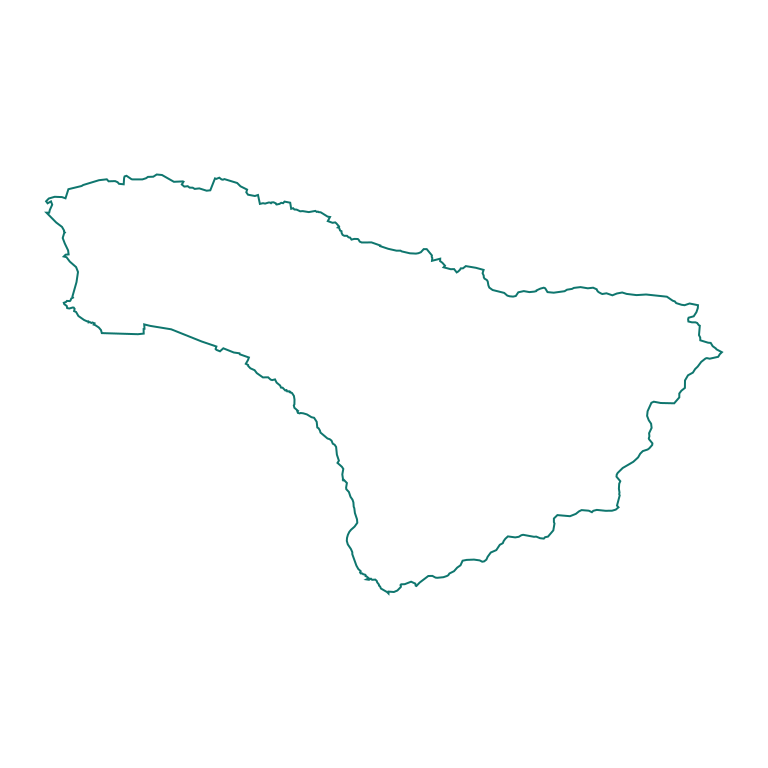 Negresti-Oas, Satu Mare, Romania
{"feature_id": "2599482B36847212141623", "entity_name": "Negresti-Oas", "entity_type": "district", "adm_level": 2, "iso_a3": "ROU", "parent_name": "Romania", "parent_adm1": "Satu Mare", "projection": "equal_earth", "projection_center": [23.479, 47.842], "detail": "fine", "context": "isolated", "style": "outline", "palette": "teal", "viewbox_px": 768, "rotation_deg": 0, "n_neighbors": 0, "source": "geoboundaries", "source_scale": "gbopen_adm2", "svg_char_len": 6066}
<svg xmlns="http://www.w3.org/2000/svg" viewBox="0 0 768 768"><path d="M263.0,203.2L259.9,203.9L258.0,195.0L254.9,196.0L248.0,194.7L246.3,192.3L247.1,189.6L240.5,186.3L237.2,183.0L224.4,179.1L222.9,179.7L221.5,179.4L219.3,177.7L216.3,178.9L215.0,178.4L210.3,190.3L206.6,190.7L199.3,188.4L194.7,188.9L192.7,187.7L189.6,187.6L187.7,186.2L184.3,186.6L181.8,184.5L183.5,181.7L182.9,181.4L173.9,181.8L162.0,175.0L156.7,174.5L153.3,176.7L147.9,176.9L146.1,178.2L142.4,179.4L132.5,179.4L131.5,179.2L126.5,175.8L124.6,176.4L124.1,178.0L123.7,184.3L119.0,183.8L117.6,182.2L115.1,181.1L108.6,181.3L106.8,179.3L99.0,180.2L83.2,185.0L81.6,186.0L68.4,189.2L65.5,198.3L62.0,197.1L54.7,196.8L48.8,198.5L46.1,201.3L47.6,203.3L51.0,201.4L52.2,204.7L49.8,210.0L49.2,212.7L46.5,212.7L56.2,222.5L62.0,226.9L64.1,230.6L64.0,231.7L64.9,232.5L64.1,233.3L62.7,238.0L64.8,243.5L68.1,250.4L68.6,254.4L65.6,254.7L63.8,256.5L66.5,257.2L69.8,261.6L76.1,267.1L78.0,272.0L76.5,282.1L72.4,296.6L73.0,297.6L71.3,298.5L70.4,300.6L69.8,301.1L66.9,300.9L66.1,301.9L63.8,302.8L64.3,304.2L66.7,305.9L67.2,308.1L69.3,308.5L72.7,307.5L73.7,307.6L74.6,308.8L74.1,311.1L76.1,312.0L78.4,316.0L84.1,320.0L87.0,321.3L88.3,321.3L88.5,322.4L89.9,322.1L91.4,323.0L92.4,322.5L94.5,323.3L93.7,324.6L95.2,325.1L98.8,327.5L101.0,330.1L101.8,333.1L137.9,334.2L143.7,333.6L143.6,329.0L144.5,328.8L144.2,324.4L150.3,325.9L171.2,329.3L201.7,341.5L216.4,346.5L215.6,349.0L216.5,349.9L220.0,351.3L223.3,348.3L233.8,352.5L239.5,353.3L239.8,354.3L248.9,357.5L248.0,360.0L245.8,363.8L248.1,365.0L248.2,366.0L250.4,368.3L254.6,370.2L256.8,373.1L262.9,377.4L268.1,377.3L270.6,379.6L272.2,380.1L275.0,379.4L276.6,382.6L280.1,385.5L281.0,387.6L282.6,387.7L285.3,390.5L286.5,390.1L287.1,391.3L289.3,391.3L289.6,392.1L290.4,391.9L290.7,392.6L292.0,393.0L293.9,395.9L294.5,399.5L294.4,404.4L293.8,405.4L294.4,407.8L297.2,410.2L297.1,410.6L298.0,411.0L297.5,411.9L297.9,412.9L299.7,413.4L300.6,413.0L303.2,413.3L306.9,414.4L311.5,417.2L314.1,417.8L316.7,421.8L317.3,427.5L318.6,428.3L319.9,430.5L320.5,432.6L327.5,438.5L329.7,439.2L331.5,440.6L332.8,443.7L334.6,444.7L336.1,446.9L336.9,454.7L338.9,460.7L337.5,462.9L341.9,466.8L343.3,468.9L342.3,474.4L343.0,479.2L342.8,479.9L343.2,480.4L343.9,479.9L346.9,483.0L346.1,487.6L346.3,489.2L348.9,492.0L350.5,496.8L352.5,499.7L353.4,502.4L353.7,506.7L354.3,508.2L354.9,513.0L357.0,519.3L357.3,522.8L354.6,526.6L351.0,529.8L349.3,531.9L347.9,534.8L347.0,538.0L346.8,540.9L347.8,544.4L350.9,549.0L352.3,552.2L352.3,554.2L356.4,565.6L358.3,569.0L360.7,571.2L360.6,571.9L360.1,572.4L360.7,573.4L362.4,573.5L363.1,574.2L365.1,574.7L365.7,575.3L365.6,576.1L366.5,576.4L368.7,578.2L366.5,579.4L369.0,579.8L370.9,578.7L372.1,579.8L375.3,579.6L376.8,581.0L377.2,582.4L378.9,584.5L379.0,585.6L380.1,586.5L380.9,588.5L387.1,592.1L388.5,593.5L388.6,591.6L393.9,592.0L397.4,590.5L400.8,587.0L400.9,586.1L400.5,585.1L401.2,584.3L404.7,584.2L411.1,581.7L415.3,583.6L415.7,585.7L416.4,586.0L419.6,582.6L428.3,576.0L432.4,575.9L435.5,577.6L437.2,577.8L443.4,577.2L446.9,576.0L448.3,575.2L449.4,573.5L454.0,571.2L457.2,567.6L460.5,565.3L462.6,560.7L466.7,559.9L474.0,559.6L479.7,560.4L482.2,561.7L484.1,561.4L486.4,559.6L487.7,556.7L490.8,552.5L496.3,550.1L499.8,544.8L502.8,543.2L503.7,541.0L505.3,538.8L507.9,536.4L515.2,537.4L518.8,536.8L521.4,535.2L523.1,534.8L534.0,536.8L536.2,536.6L540.1,538.2L543.8,538.6L545.1,537.2L548.0,536.6L553.3,530.4L554.5,523.5L553.9,522.1L553.9,518.5L557.4,515.1L570.0,516.2L575.8,513.9L579.1,511.3L581.6,510.1L588.8,510.7L591.9,512.2L593.3,510.8L596.8,509.9L605.6,510.8L612.1,510.7L615.8,509.6L618.5,507.3L617.0,505.6L619.7,495.4L619.2,494.2L619.5,492.5L618.9,488.8L619.2,483.7L620.3,481.2L616.5,476.7L616.7,474.7L617.7,472.9L622.7,468.0L633.3,461.8L638.1,457.4L640.2,453.7L642.8,451.1L647.7,449.5L649.3,448.3L652.2,445.0L652.4,443.3L649.1,439.3L648.8,438.4L649.4,436.3L649.1,433.2L651.6,427.9L651.1,423.7L648.8,420.3L647.1,415.9L647.6,411.2L651.4,402.8L653.8,401.7L660.7,403.0L674.2,403.3L679.3,397.4L679.3,393.5L681.4,390.7L684.9,387.9L685.0,380.4L688.0,375.3L692.9,372.6L695.1,369.1L697.7,366.6L701.2,361.9L705.5,358.5L706.9,358.1L709.7,358.7L718.2,356.8L719.8,354.2L721.9,352.2L716.4,349.3L715.9,348.5L712.7,346.2L710.7,342.9L708.1,342.7L700.3,340.3L700.2,337.5L699.0,335.1L699.8,325.7L698.7,325.1L697.2,323.0L695.4,322.3L691.8,322.3L688.4,321.5L688.1,319.2L688.6,317.7L693.7,316.3L696.4,312.2L697.8,308.1L698.0,305.2L689.6,303.5L684.6,305.2L681.6,304.8L676.2,303.1L674.8,301.4L672.7,300.7L666.9,296.7L646.1,294.5L636.5,295.1L626.6,293.9L622.2,292.5L616.9,293.5L612.4,295.3L606.5,293.3L602.3,294.0L601.1,293.5L598.4,292.0L597.1,290.5L596.7,289.3L593.1,287.7L587.8,288.3L580.5,287.1L573.9,287.9L572.0,288.9L567.0,289.7L564.6,291.2L553.7,292.7L547.5,292.1L545.2,288.3L543.8,287.7L540.4,288.6L536.5,290.4L536.3,291.1L534.3,291.6L529.4,292.1L523.8,291.1L518.3,292.3L515.8,296.0L513.1,296.6L509.7,296.3L507.3,295.6L504.2,292.9L492.6,290.0L489.3,287.6L488.4,285.4L487.7,281.4L486.8,280.0L484.5,278.6L483.8,277.3L483.7,275.6L482.6,273.2L483.6,269.9L475.9,267.8L465.8,266.1L463.0,268.3L460.7,268.4L460.2,269.5L458.2,271.5L456.7,272.4L454.1,269.1L450.7,269.2L443.6,267.3L445.0,265.7L442.3,262.7L440.1,261.1L440.2,258.7L432.0,260.8L432.3,258.0L431.7,256.8L431.9,255.4L426.7,249.1L423.7,249.1L420.9,252.2L418.4,253.2L416.0,253.6L409.9,253.3L401.7,251.4L400.6,250.7L396.6,250.7L388.2,248.8L380.1,246.1L380.3,245.5L371.5,242.4L361.8,242.5L359.7,241.6L358.7,239.8L357.8,239.0L354.3,238.9L351.5,239.6L350.1,237.6L348.5,237.3L347.0,235.8L344.3,235.8L342.6,234.9L341.6,232.9L341.5,231.2L340.1,230.5L339.1,227.8L337.9,227.5L339.0,226.4L336.3,223.3L335.2,222.4L332.5,222.8L327.8,221.1L330.0,217.0L327.6,216.6L320.7,212.3L318.5,212.1L317.9,211.6L316.7,211.9L315.4,210.9L308.8,212.1L302.7,211.1L300.2,211.3L296.6,209.6L294.4,209.5L293.1,208.2L291.2,208.8L290.2,202.7L284.5,201.6L283.1,203.2L281.2,202.8L279.5,203.9L276.6,204.5L276.2,204.3L275.9,203.4L273.6,202.3L271.8,202.4L271.0,203.2L270.2,202.6L268.7,202.5L265.1,203.6L263.0,203.2Z" fill="none" stroke="#0f766e" stroke-width="2"/></svg>